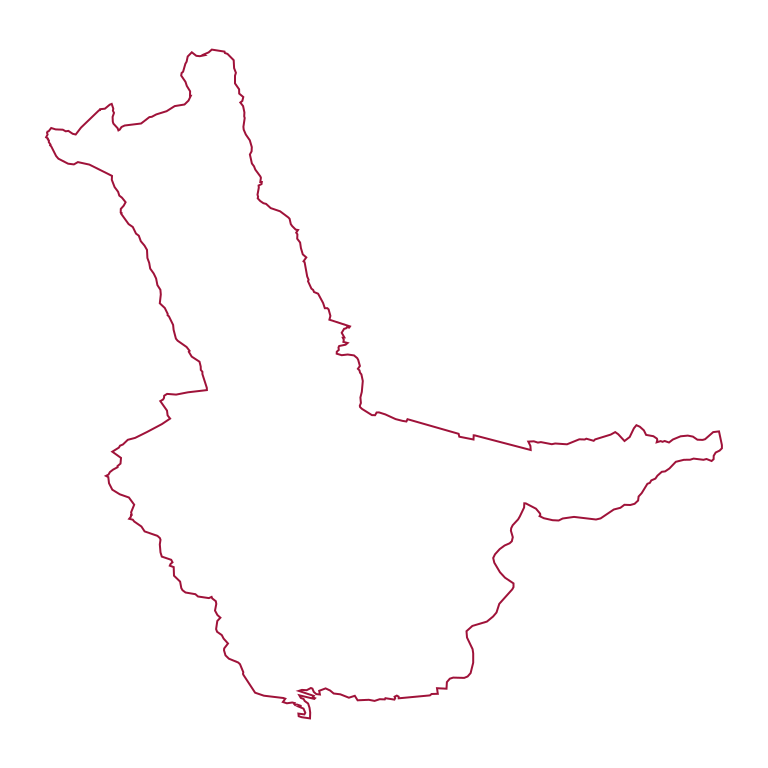 Aninoasa, Gorj, Romania (Equal Earth projection)
{"feature_id": "2599482B76100938199978", "entity_name": "Aninoasa", "entity_type": "district", "adm_level": 2, "iso_a3": "ROU", "parent_name": "Romania", "parent_adm1": "Gorj", "projection": "equal_earth", "projection_center": [23.453, 44.775], "detail": "fine", "context": "isolated", "style": "outline", "palette": "rose", "viewbox_px": 768, "rotation_deg": 0, "n_neighbors": 0, "source": "geoboundaries", "source_scale": "gbopen_adm2", "svg_char_len": 6059}
<svg xmlns="http://www.w3.org/2000/svg" viewBox="0 0 768 768"><path d="M446.5,688.7L446.9,682.1L449.8,678.7L453.2,677.6L464.2,677.9L467.6,676.5L470.6,673.1L473.2,662.7L473.2,653.4L472.6,649.2L467.0,637.5L466.5,631.2L472.4,625.9L486.9,621.6L493.1,616.5L496.5,612.5L499.3,603.8L512.3,589.3L513.5,587.1L513.5,583.4L505.0,577.7L500.0,572.3L494.3,562.7L493.2,558.0L495.0,554.3L499.7,549.1L504.6,545.5L509.6,543.3L511.8,541.3L512.8,537.2L510.9,530.7L511.2,528.2L512.7,525.2L518.1,519.4L519.8,516.5L524.1,507.5L524.3,503.3L525.8,503.4L536.0,508.7L540.1,513.6L540.3,515.1L539.6,516.1L543.8,518.2L552.6,520.2L558.7,520.5L562.7,518.5L574.0,516.9L596.0,519.5L600.6,518.4L613.8,509.5L620.4,507.8L624.4,504.8L630.3,505.0L634.6,503.8L638.1,500.5L638.6,496.5L641.7,493.1L647.4,483.8L649.8,482.9L651.3,480.4L655.4,478.6L657.4,475.7L661.8,471.8L665.1,471.4L669.4,468.5L675.8,461.8L683.9,459.8L690.2,459.7L693.6,458.6L703.5,459.8L706.5,459.0L711.6,461.0L713.6,459.2L713.7,455.8L715.7,452.5L719.6,450.6L721.9,448.3L721.9,445.1L719.0,431.4L713.2,432.1L705.1,439.2L702.7,439.9L697.4,439.7L692.9,436.6L687.8,435.6L680.6,436.3L672.9,439.5L669.0,442.5L664.7,441.0L662.5,441.8L660.7,441.1L656.7,442.3L657.3,440.0L656.9,438.6L653.4,436.2L646.1,434.9L643.9,430.4L639.8,426.7L636.4,425.2L633.9,428.3L629.7,437.0L624.5,441.0L618.2,434.2L615.2,432.1L610.7,434.6L595.1,439.4L593.7,440.8L586.3,438.7L584.8,439.5L579.3,439.3L567.0,444.3L555.2,443.5L551.8,444.2L540.9,442.1L537.9,442.6L533.8,441.3L528.3,441.6L530.4,445.9L530.7,450.0L474.8,435.4L473.7,435.3L473.5,439.5L459.3,436.7L458.6,433.8L407.5,419.2L406.4,421.5L402.6,420.9L395.6,419.1L385.3,414.4L379.0,412.4L376.6,412.5L375.1,415.2L371.9,415.1L362.0,408.9L360.1,407.1L359.8,405.8L360.9,403.0L360.4,397.5L361.8,391.9L362.8,381.0L361.4,374.4L360.0,372.6L359.5,370.4L357.9,368.8L359.9,366.0L358.2,359.9L357.2,358.1L354.0,355.4L347.7,354.5L341.7,355.2L336.7,353.7L336.8,351.7L338.8,349.9L338.5,347.4L339.2,346.0L345.6,344.7L347.6,343.0L343.4,341.9L343.8,339.8L342.8,337.7L344.4,337.5L341.7,332.8L344.1,328.8L345.9,328.4L346.9,327.3L349.2,327.6L350.0,326.4L329.4,319.7L330.4,315.9L328.6,309.4L327.4,308.2L324.8,308.2L323.1,303.0L318.1,293.7L314.0,292.0L313.2,290.0L311.4,288.6L308.0,281.2L308.6,279.8L307.2,276.5L304.6,262.2L303.5,261.3L306.3,257.4L302.8,254.4L300.9,248.0L300.1,242.5L297.2,238.7L297.4,234.3L296.2,232.7L298.0,230.0L295.7,229.6L292.2,226.1L290.8,224.1L289.6,218.8L288.4,217.5L280.1,211.3L270.7,208.1L266.1,203.9L263.4,203.2L260.2,201.0L257.7,198.3L258.1,196.8L257.5,194.7L258.8,187.7L258.6,185.5L261.5,184.1L261.8,182.0L260.3,182.0L260.9,177.8L260.4,176.5L255.3,169.6L254.0,166.3L251.9,163.5L249.9,154.5L251.6,151.3L251.8,147.1L249.8,140.3L245.8,134.5L243.7,129.6L243.4,126.8L244.7,118.0L244.2,116.3L244.4,112.4L243.1,106.1L240.3,102.5L242.3,101.0L243.3,97.0L239.2,93.6L239.1,89.3L235.0,83.4L235.0,75.7L235.9,72.8L234.1,68.1L233.7,60.2L227.5,53.9L224.9,53.0L224.5,51.6L211.8,49.6L208.6,52.4L203.5,54.6L204.7,55.2L199.8,56.2L196.3,55.8L191.8,52.3L187.7,56.5L186.6,61.7L185.4,63.7L183.1,71.7L181.6,73.0L181.2,75.6L185.5,81.9L186.8,85.9L190.1,91.3L190.0,95.8L190.8,95.8L188.5,100.6L184.5,104.5L174.7,106.1L166.6,111.2L156.3,114.4L151.8,116.8L149.4,117.1L141.1,123.5L124.7,125.5L121.5,127.0L119.7,129.7L118.4,130.4L117.6,128.2L113.4,123.6L112.8,121.6L112.6,116.9L114.0,112.9L112.9,110.7L113.3,108.7L111.7,103.9L109.7,104.7L104.9,108.7L100.1,109.2L100.0,110.1L99.0,110.3L81.0,127.6L75.7,134.5L72.7,133.8L68.4,130.9L65.7,131.3L62.8,129.7L55.6,129.4L51.2,128.0L48.6,131.3L47.5,131.6L47.0,132.8L47.6,134.5L46.1,137.3L47.9,138.5L47.8,139.5L48.9,140.4L48.8,142.1L50.5,144.6L50.1,145.3L51.2,146.3L56.1,156.0L58.4,158.7L68.1,163.7L73.9,164.4L77.9,162.1L89.4,164.6L112.0,175.9L111.8,179.8L114.6,187.1L118.1,191.8L119.3,195.6L121.9,197.6L125.6,202.2L123.7,205.7L120.8,208.9L120.7,212.5L121.6,213.1L121.2,213.8L128.6,224.1L132.8,227.0L136.0,233.6L138.8,235.7L140.8,241.2L144.5,245.6L147.0,249.9L147.4,258.0L149.2,262.9L150.2,268.6L153.7,273.5L156.1,278.5L157.4,285.1L160.4,289.8L160.8,294.5L159.8,303.3L164.8,308.0L167.7,313.9L167.6,315.3L168.9,316.3L173.1,324.9L173.6,329.8L175.9,338.6L177.6,340.7L186.6,347.0L189.6,350.9L188.8,351.8L191.7,356.6L199.5,361.7L200.7,366.5L200.8,369.9L202.4,371.8L202.4,374.1L206.8,387.8L206.9,390.1L188.0,392.3L176.1,394.6L167.1,393.9L164.2,395.7L164.0,397.9L163.1,399.5L160.3,401.1L167.0,410.6L167.6,415.4L170.1,418.6L161.9,424.1L147.0,432.0L135.1,437.9L127.8,439.8L122.9,444.5L120.0,445.7L118.9,447.6L112.3,451.7L121.0,457.9L120.5,463.6L117.5,466.1L117.6,467.2L113.1,469.6L109.9,472.1L108.5,474.6L106.0,475.9L108.3,477.1L109.0,483.2L112.3,489.7L119.8,494.3L128.9,497.5L134.2,504.7L131.1,512.3L131.7,514.8L131.0,514.9L130.9,516.7L129.2,518.8L132.8,519.7L134.2,521.5L141.4,526.5L144.6,531.4L157.5,535.9L159.9,538.1L160.5,539.8L159.8,544.4L160.5,552.4L161.8,556.6L171.2,559.8L172.5,562.3L170.6,563.9L169.8,565.7L173.7,567.1L174.0,575.7L180.1,581.6L181.3,588.1L182.5,590.2L185.5,592.5L195.4,594.2L198.0,596.5L208.9,598.1L211.6,596.9L212.2,598.4L215.8,601.2L216.3,603.9L215.0,610.6L217.4,615.0L220.4,617.7L217.3,621.0L216.1,629.1L217.1,631.8L221.8,635.1L223.6,638.6L228.0,643.5L224.2,648.4L224.0,650.3L225.5,655.4L228.9,658.7L238.2,662.5L240.0,664.2L243.3,672.2L243.0,673.9L243.5,675.0L255.1,692.7L263.9,695.7L283.3,698.0L285.3,698.7L282.9,702.0L286.9,703.3L292.2,702.5L294.7,703.1L294.2,704.0L295.1,705.0L296.9,704.5L300.7,705.8L300.7,706.6L299.1,706.8L303.5,708.6L305.3,712.8L304.4,714.4L298.4,713.6L298.7,716.2L301.7,717.2L310.0,718.4L310.2,712.6L309.5,707.7L308.1,703.5L304.7,701.0L303.6,699.0L300.8,697.9L299.3,695.3L314.3,698.9L315.0,698.2L312.7,697.3L313.8,695.9L298.8,690.9L301.9,689.9L306.7,690.2L310.9,688.0L312.4,688.6L313.8,691.9L316.3,694.1L319.9,694.5L319.2,690.8L325.6,688.4L330.1,690.5L333.7,693.5L340.3,694.3L348.9,697.7L354.8,695.8L357.6,700.3L368.8,699.8L374.6,700.9L379.7,699.2L384.8,699.4L385.4,698.2L394.4,699.6L395.2,698.1L394.6,696.7L396.8,695.6L398.6,696.6L398.7,698.3L429.9,695.4L431.6,694.0L437.8,693.8L437.0,688.2L446.5,688.7Z" fill="none" stroke="#9f1239" stroke-width="2"/></svg>